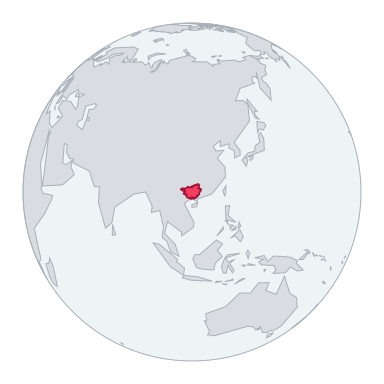 Guangxi on an orthographic globe
{"feature_id": "CHN-1152", "entity_name": "Guangxi", "entity_type": "Autonomous Region", "adm_level": 1, "iso_a3": "CHN", "parent_name": "China", "parent_adm1": "", "projection": "orthographic", "projection_center": [108.679, 23.706], "detail": "fine", "context": "on_globe", "style": "filled", "palette": "rose", "viewbox_px": 384, "rotation_deg": 0, "n_neighbors": 0, "source": "natural_earth", "source_scale": "10m", "svg_char_len": 15035}
<svg xmlns="http://www.w3.org/2000/svg" viewBox="0 0 384 384"><circle cx="192" cy="192" r="169" fill="#eef3f6" stroke="#a8b0b8"/><path d="M345.8,255.7L345.5,256.7L345.4,256.9L345.8,255.7ZM279.9,47.7L271.3,44.2L271.7,48.7L277.4,53.4L271.8,50.3L286.4,61.8L290.2,68.6L282.4,59.1L279.0,56.9L279.8,60.3L276.5,58.7L275.0,59.7L270.9,57.8L266.7,52.9L264.0,51.8L264.7,54.3L261.1,54.3L260.4,50.7L254.0,50.6L245.8,43.6L247.2,37.4L239.2,33.8L231.6,28.5L228.9,28.1L224.3,26.6L219.4,25.8L219.4,25.5L215.5,25.2L216.5,25.6L215.1,25.7L212.3,25.4L211.8,24.8L213.1,24.9L211.5,24.6L212.4,24.6L210.4,24.4L210.1,24.1L206.3,24.1L202.6,23.6L203.5,23.5L208.8,23.9L212.1,24.2L224.0,26.1L235.7,28.8L247.2,32.3L258.5,36.7L269.4,41.8L279.9,47.7ZM351.1,135.5L349.8,132.3L350.2,133.1L351.1,135.5ZM349.2,131.3L349.6,132.2L349.3,131.6L349.2,131.3ZM349.1,131.5L349.2,131.4L349.3,131.9L349.1,131.5ZM349.2,132.2L349.1,131.7L349.1,131.9L349.2,132.2ZM348.7,132.3L348.5,132.2L348.3,131.4L348.7,132.3ZM279.9,48.2L278.1,47.0L281.6,48.9L281.6,49.0L279.9,48.2ZM282.3,57.3L281.4,55.6L283.4,57.9L282.3,57.3ZM275.5,60.2L276.8,61.3L275.5,61.3L275.5,60.2ZM268.0,58.6L265.4,58.6L267.3,57.7L268.0,58.6ZM209.7,24.0L209.5,23.9L209.1,23.9L209.7,24.0ZM263.4,58.1L257.3,58.8L259.7,61.0L249.5,55.4L258.1,56.4L260.0,54.8L260.9,56.8L263.4,58.1ZM218.0,25.9L216.8,25.4L220.3,26.2L218.0,25.9ZM220.6,26.4L233.4,29.6L233.7,30.5L229.3,29.1L231.8,30.9L225.6,29.7L222.9,28.5L223.9,28.1L220.8,28.1L220.6,26.4ZM244.8,52.5L242.7,52.1L244.1,51.6L244.8,52.5ZM214.8,25.8L217.4,26.2L217.8,27.0L212.8,26.4L214.2,26.3L214.8,25.8ZM235.4,32.1L234.9,32.7L229.7,31.9L228.8,32.2L225.5,29.8L235.4,32.1ZM212.7,26.0L210.2,26.1L207.4,25.6L212.3,25.5L212.7,26.0ZM220.0,27.6L220.0,28.0L218.4,27.5L220.0,27.6ZM196.3,24.2L199.3,24.3L199.8,24.7L196.3,24.2ZM209.4,26.2L210.4,26.4L210.9,26.7L208.7,26.7L209.4,26.2ZM222.1,29.6L220.1,29.2L223.2,30.5L219.5,30.2L217.9,28.8L217.0,29.3L215.9,29.2L215.9,28.2L222.1,29.6ZM208.1,27.5L204.9,26.1L199.1,25.6L198.5,25.1L207.9,26.1L208.1,27.5ZM212.7,28.0L209.7,27.6L210.5,27.1L213.0,27.1L212.7,28.0ZM217.5,30.6L223.6,31.4L223.7,31.7L217.5,30.6ZM206.3,27.4L207.1,27.8L205.8,27.4L206.3,27.4ZM213.9,29.6L216.0,29.8L216.1,30.1L213.9,29.6ZM207.0,28.6L205.9,28.0L207.6,27.9L207.0,28.6ZM210.0,29.1L209.6,29.6L208.8,28.2L211.0,29.1L210.0,29.1ZM213.6,29.9L214.4,30.2L212.7,29.8L213.6,29.9ZM201.2,29.5L199.8,27.8L203.5,27.5L204.4,29.1L201.2,29.5ZM61.9,84.2L59.4,89.5L58.1,91.9L53.1,97.8L46.1,114.4L50.2,110.9L49.3,123.0L52.1,127.6L62.7,116.0L58.1,108.1L62.7,100.5L70.7,101.4L75.5,109.2L77.4,106.5L78.9,96.9L84.6,94.5L79.9,93.4L78.4,96.9L75.4,96.6L76.6,93.4L78.6,92.5L78.4,89.4L69.1,95.1L66.6,99.4L63.4,95.6L58.8,102.5L56.3,103.8L63.1,92.7L65.9,89.8L74.6,76.6L71.3,79.2L62.9,92.0L63.5,90.0L59.0,94.4L62.9,89.5L73.0,75.6L73.1,73.0L66.6,78.8L80.7,64.9L77.9,67.7L81.6,64.7L89.5,58.1L87.3,60.3L89.9,58.4L88.6,60.3L93.5,58.4L93.3,60.2L101.7,55.6L102.7,56.1L97.4,58.5L93.6,61.5L93.7,66.8L95.6,66.7L101.1,63.5L100.5,65.7L105.7,62.0L109.0,64.1L109.5,58.6L115.9,55.5L121.4,55.0L123.6,53.2L114.6,54.0L111.0,55.4L107.7,58.0L97.9,61.7L96.4,60.9L107.1,53.7L106.2,52.0L114.9,47.9L133.7,47.0L138.3,49.2L132.1,59.0L127.3,60.0L127.1,56.7L121.3,62.5L124.6,60.7L124.1,62.8L130.1,60.9L130.0,62.4L136.0,58.4L136.5,60.0L132.7,62.4L142.1,61.8L145.0,64.9L147.2,64.1L148.7,62.4L151.3,67.8L152.8,67.1L152.5,64.9L155.3,62.1L161.2,59.5L161.8,61.5L159.7,62.7L156.3,68.6L150.8,72.0L151.6,72.6L156.6,70.2L160.7,62.9L164.1,60.8L162.8,64.1L163.5,62.7L165.4,62.4L167.8,64.0L169.5,60.4L189.3,55.3L195.9,58.5L192.6,61.7L207.0,61.9L213.4,66.5L213.1,64.4L219.8,63.8L217.9,62.2L218.2,61.2L234.6,60.1L238.9,61.8L245.6,59.9L245.5,58.9L242.7,57.5L249.5,55.4L259.7,61.0L259.5,62.8L266.0,65.5L264.7,69.5L266.6,74.4L261.4,77.8L263.3,81.8L265.7,82.5L270.1,88.8L271.1,100.3L260.0,87.9L256.4,72.3L257.0,78.1L253.8,76.1L252.1,77.8L252.7,82.3L254.7,83.2L240.0,88.5L235.5,100.8L243.2,100.5L247.9,104.7L249.5,121.0L234.0,142.5L240.0,150.2L240.2,155.2L234.6,158.0L234.2,150.7L228.7,147.9L229.3,143.7L220.2,146.5L220.6,140.6L213.3,146.1L215.8,151.0L223.7,150.3L217.2,158.2L224.9,167.0L225.5,177.1L211.6,194.2L197.8,198.8L196.9,201.9L191.6,197.9L184.2,203.6L193.9,222.1L193.5,227.2L181.7,235.9L181.5,232.1L167.5,221.5L164.6,233.3L175.2,244.4L178.9,256.2L170.6,251.8L166.9,241.3L162.0,237.2L163.5,226.9L159.7,210.6L151.4,212.5L152.2,206.2L145.8,192.0L133.9,194.0L114.8,207.1L111.9,222.7L105.5,228.1L98.5,202.8L99.4,186.8L94.4,186.7L89.3,171.0L73.3,163.1L73.2,158.5L69.7,158.8L66.5,152.3L67.3,144.9L64.4,143.5L62.7,162.9L66.2,164.6L72.2,160.4L70.9,166.8L74.3,174.6L62.4,184.9L42.3,186.0L44.2,173.8L48.6,135.7L50.6,132.8L50.8,132.4L51.1,131.6L47.6,136.0L49.7,129.0L43.2,153.7L40.4,163.4L42.0,186.5L40.9,187.6L42.6,193.2L52.5,195.4L51.7,199.2L44.7,213.5L34.3,228.3L37.9,245.7L40.9,258.7L39.3,262.1L44.4,273.1L44.2,273.9L47.5,279.6L41.6,269.0L36.4,257.8L32.0,246.3L28.5,234.6L25.8,222.6L24.0,210.4L23.2,198.1L23.2,185.8L24.0,173.6L25.8,161.4L28.5,149.4L32.0,137.6L36.4,126.1L41.6,115.0L47.6,104.3L54.4,94.0L61.9,84.2ZM76.7,125.0L82.1,129.7L86.4,119.7L88.8,120.8L89.4,117.2L86.7,118.9L89.0,109.5L93.8,109.1L96.6,105.3L94.9,103.6L85.8,106.1L82.3,119.3L78.2,121.6L76.7,125.0ZM105.4,47.9L102.7,49.7L100.0,51.2L100.4,50.3L104.4,48.0L105.4,47.9ZM99.6,52.1L110.1,46.1L110.3,46.8L108.4,47.4L107.5,48.5L104.2,49.7L94.2,56.9L91.1,58.7L93.5,55.2L94.4,55.1L96.9,53.1L99.6,52.1ZM136.5,33.4L141.0,32.0L135.5,35.3L131.9,36.4L132.0,35.2L136.4,33.3L136.5,33.4ZM196.4,23.1L198.5,23.2L197.0,23.2L196.4,23.1ZM188.1,23.1L194.5,23.1L193.5,23.1L194.2,23.1L199.6,23.6L208.9,24.5L208.7,25.1L206.1,25.2L203.8,25.1L204.7,24.7L201.0,24.8L200.5,24.2L197.7,24.2L187.4,23.3L189.3,23.2L181.1,23.4L181.8,23.3L188.1,23.1ZM169.1,24.6L172.5,24.3L171.7,24.8L175.1,24.3L175.8,24.5L172.8,24.9L177.8,24.6L177.6,24.9L182.7,25.6L190.0,25.5L192.1,26.0L189.1,26.2L193.2,26.6L189.0,27.5L190.3,28.0L187.5,29.5L181.0,30.1L183.0,30.6L180.9,32.2L175.5,33.1L177.4,31.6L170.0,33.8L169.5,32.3L168.7,32.7L166.2,32.0L161.7,32.0L162.2,31.3L160.2,31.7L158.5,31.4L156.0,31.7L156.1,30.7L153.0,31.1L154.8,30.4L149.4,31.4L153.4,30.3L151.6,30.2L148.7,31.4L155.3,27.2L155.1,27.1L169.1,24.6ZM200.3,29.9L192.5,30.4L188.4,30.0L195.0,27.4L194.4,26.9L198.5,25.8L204.3,26.5L202.6,26.7L202.3,27.1L200.6,26.7L201.8,27.4L199.4,27.8L199.7,28.5L197.1,28.4L200.3,29.9ZM59.8,90.8L59.4,92.1L59.5,93.3L56.7,96.3L59.8,90.8ZM66.5,81.2L66.6,81.7L62.6,86.0L63.1,84.9L66.5,81.2ZM70.1,78.5L66.9,81.4L68.9,79.1L70.1,78.5ZM97.9,58.9L98.4,59.4L97.1,60.3L95.2,61.1L97.9,58.9ZM153.5,41.0L155.2,39.8L156.2,39.8L162.0,38.1L162.8,39.3L159.7,40.8L153.5,41.0ZM60.0,116.9L57.2,118.0L57.6,116.1L58.5,116.1L60.0,116.9ZM55.3,106.5L54.8,110.5L54.6,107.3L55.3,106.5ZM155.4,42.0L157.6,41.1L156.6,42.3L155.4,42.0ZM163.7,40.1L163.2,41.4L163.6,39.2L163.7,40.1ZM120.6,342.6L124.1,344.4L122.0,343.8L120.6,342.6ZM53.4,267.2L57.3,286.5L53.6,283.7L49.6,276.3L45.9,263.6L49.0,262.9L49.6,258.0L53.4,267.2ZM221.8,283.6L226.9,284.2L226.7,284.9L221.8,283.6ZM216.4,281.2L222.3,281.4L215.4,282.7L216.4,281.2ZM224.6,281.5L230.5,280.1L233.1,279.0L232.6,280.4L224.6,281.5ZM212.4,281.2L190.8,280.2L182.3,277.8L184.3,275.4L198.1,276.9L212.4,281.2ZM183.6,275.3L170.6,266.9L153.1,243.0L159.3,244.2L177.7,259.4L176.6,261.6L184.4,268.0L183.6,275.3ZM215.2,263.3L213.9,270.0L202.0,269.1L196.6,267.7L192.8,258.8L194.9,254.5L199.3,254.8L216.6,240.0L222.7,243.9L217.3,250.3L222.3,256.4L215.2,263.3ZM112.5,224.4L115.7,234.7L112.3,235.4L112.5,224.4ZM223.7,229.2L216.7,236.0L223.1,226.9L223.7,229.2ZM227.6,220.6L228.0,224.1L225.2,220.7L227.6,220.6ZM196.6,206.8L191.9,207.3L191.9,204.8L197.8,202.6L196.6,206.8ZM225.9,185.8L225.7,193.2L224.8,195.7L222.7,191.2L225.9,185.8ZM165.9,54.0L156.9,54.8L151.0,56.9L148.6,60.0L148.1,56.2L157.2,53.0L165.9,54.0ZM186.3,54.8L188.4,52.4L190.1,53.6L189.8,54.2L186.3,54.8ZM185.8,53.3L183.5,50.4L186.3,49.2L187.6,51.7L185.8,53.3ZM169.1,45.3L166.3,45.3L167.2,44.3L169.1,45.3ZM306.1,316.4L306.7,316.0L301.9,320.3L295.7,325.3L291.1,328.6L306.1,316.4ZM266.3,337.7L267.4,334.5L273.5,332.8L269.9,336.3L266.3,337.7ZM310.3,312.5L314.7,307.9L317.6,303.8L315.6,307.0L317.5,305.1L307.8,315.1L310.3,312.5ZM247.5,326.3L214.5,335.7L207.5,334.8L209.7,331.5L204.3,320.9L206.7,321.2L205.8,313.7L225.6,306.6L239.9,293.0L250.3,293.2L258.6,282.9L269.2,282.6L265.6,290.6L276.2,294.2L284.5,276.1L289.7,293.1L296.6,297.6L297.2,307.3L280.6,326.5L272.1,331.2L271.0,330.2L267.4,332.4L262.5,332.7L260.7,328.1L257.1,330.2L261.1,325.9L255.6,330.0L253.5,327.0L247.5,326.3ZM322.5,281.4L323.8,281.4L325.3,283.3L323.4,283.7L322.5,281.4ZM342.5,261.5L342.7,262.4L341.6,263.7L342.5,261.5ZM345.4,256.9L344.0,258.6L345.8,255.7L345.4,256.9ZM330.6,268.5L331.1,269.2L330.6,269.9L330.6,268.5ZM330.1,268.3L331.1,266.2L330.8,268.0L330.1,268.3ZM324.6,261.2L325.5,259.9L325.8,260.5L324.6,261.2ZM234.4,284.1L241.6,278.9L245.5,278.3L234.4,284.1ZM323.5,259.6L321.4,260.1L321.6,259.0L323.5,259.6ZM323.7,257.2L323.6,255.9L324.7,258.7L323.7,257.2ZM319.8,255.3L322.3,257.0L319.5,255.7L319.8,255.3ZM318.2,256.1L316.3,255.5L316.5,255.0L318.2,256.1ZM296.0,263.1L303.2,270.0L297.2,271.0L290.6,267.0L285.1,272.7L272.9,273.4L275.8,270.1L274.2,265.5L261.4,264.8L258.8,261.9L263.4,259.5L254.9,257.6L264.2,255.5L268.0,261.6L273.3,256.1L282.2,256.4L290.9,257.3L297.7,260.9L296.0,263.1ZM264.1,269.5L265.8,269.4L264.3,271.4L264.1,269.5ZM312.7,253.0L315.4,255.4L315.1,256.2L313.7,256.1L312.7,253.0ZM299.2,259.5L306.6,252.9L308.3,252.6L303.4,259.5L299.2,259.5ZM304.9,249.8L308.2,249.9L310.0,252.5L309.3,253.4L304.9,249.8ZM245.0,264.8L244.6,266.6L242.2,265.3L245.0,264.8ZM248.2,263.6L255.6,265.2L247.5,265.2L248.2,263.6ZM225.7,257.9L227.9,262.2L234.8,259.4L229.5,263.3L234.1,270.2L232.5,272.8L227.9,265.4L226.3,273.1L223.2,273.0L221.6,266.4L224.7,258.2L227.7,254.8L240.1,253.3L225.7,257.9ZM248.2,258.5L246.2,253.6L247.7,250.2L249.8,252.8L248.2,258.5ZM240.4,241.7L235.1,235.9L230.4,238.2L239.9,229.9L243.4,236.8L240.4,241.7ZM235.9,228.9L231.4,230.9L236.0,226.1L235.9,228.9ZM230.3,229.0L229.8,224.8L233.3,225.4L230.3,229.0ZM238.2,229.0L239.0,222.0L240.8,226.1L238.2,229.0ZM228.2,215.6L235.8,222.3L226.0,219.5L225.4,205.9L229.6,205.6L228.2,215.6ZM250.6,160.5L249.5,156.7L253.2,155.7L252.9,158.6L250.6,160.5ZM264.3,150.3L253.8,154.2L245.2,157.9L248.0,159.6L246.3,166.2L242.0,160.2L247.9,152.9L254.4,151.4L255.2,145.9L259.9,142.2L258.5,135.5L260.5,132.6L263.7,138.3L264.3,150.3ZM257.6,132.8L256.9,121.3L264.1,122.7L265.8,125.6L263.1,130.1L259.5,129.0L257.6,132.8ZM258.9,119.1L255.4,118.1L247.0,102.0L247.0,99.1L257.1,111.4L254.4,111.2L255.2,115.1L258.9,119.1ZM243.4,53.1L242.7,52.2L244.6,53.0L243.4,53.1ZM217.0,60.4L217.8,59.2L219.9,60.0L217.0,60.4ZM221.2,56.3L218.3,56.2L221.1,55.5L221.2,56.3ZM211.8,56.4L217.0,55.8L212.4,57.6L211.8,56.4Z" fill="#d9dde1" stroke="#a8b0b8" stroke-width="1"/><path d="M183.8,193.9L183.5,193.8L183.5,193.4L183.7,193.1L183.8,193.0L183.9,192.8L184.1,192.8L184.3,192.5L184.6,192.6L184.8,192.6L185.1,192.5L185.2,191.9L185.1,191.6L185.3,191.5L185.2,191.3L185.2,191.1L184.8,190.9L184.8,190.7L184.5,190.8L184.4,191.0L184.2,191.0L183.9,190.9L183.7,190.6L183.4,190.9L182.9,190.6L182.9,190.8L182.6,190.6L182.6,190.1L182.4,189.8L182.0,189.8L181.8,189.7L181.4,189.6L181.4,190.0L181.0,189.7L180.8,189.3L180.8,189.0L180.9,188.8L181.0,188.8L181.4,189.1L181.6,189.0L181.7,188.9L181.9,188.7L182.2,188.7L182.3,188.4L182.4,188.2L182.6,188.1L182.9,188.3L183.2,188.2L183.3,188.3L183.4,188.5L183.5,188.6L184.0,188.7L184.3,189.0L184.5,188.9L184.9,189.2L185.0,189.0L185.3,188.8L185.4,188.6L185.3,188.2L185.7,188.2L186.1,188.0L186.4,187.8L186.6,187.6L187.2,187.6L187.3,187.4L187.5,187.4L187.6,187.1L187.5,186.9L187.6,186.7L188.0,186.6L188.4,186.8L188.6,187.0L188.6,187.3L188.8,187.3L188.8,187.5L189.1,187.4L189.3,187.5L189.5,187.5L189.9,187.7L190.1,187.6L190.4,187.6L190.5,187.5L190.5,187.4L190.5,187.0L190.9,186.7L191.0,186.6L191.3,186.7L191.5,186.9L191.8,187.3L191.8,187.1L191.7,187.0L191.7,186.9L191.8,186.8L191.9,186.7L192.0,186.4L192.3,186.6L192.7,186.6L192.9,186.7L193.0,186.6L192.9,186.4L193.0,186.1L192.8,186.1L192.5,186.3L192.5,186.2L192.7,185.9L193.1,185.8L193.2,186.0L193.3,185.9L193.5,186.0L193.8,185.6L193.9,185.3L194.1,185.1L194.3,185.1L194.6,185.3L194.6,185.5L194.9,185.5L194.9,185.4L194.9,185.2L195.1,185.1L195.3,184.7L195.7,184.8L195.6,185.0L195.9,185.1L196.2,185.3L196.3,185.2L196.4,184.8L196.6,184.7L196.8,184.7L197.0,184.2L197.3,184.2L197.4,184.4L197.8,184.4L198.0,184.0L198.8,184.3L198.7,185.3L198.8,185.5L199.0,185.4L199.4,185.4L199.4,185.5L199.1,185.9L199.0,186.0L199.0,186.4L199.0,186.6L198.9,186.9L198.8,187.0L198.6,187.0L198.5,187.3L198.5,187.5L198.2,187.7L198.1,188.1L198.2,188.3L198.3,188.4L198.5,188.0L198.9,187.7L199.0,187.8L199.2,187.7L199.3,187.8L199.4,188.1L199.4,188.3L199.4,188.5L199.5,188.7L199.4,189.1L199.6,189.2L199.8,189.0L199.9,188.8L200.0,188.7L200.3,188.8L200.7,188.7L200.9,188.8L200.7,189.0L200.7,189.3L200.9,189.4L200.9,189.6L201.1,190.0L200.8,190.2L200.7,190.2L200.6,190.4L200.7,191.0L200.5,191.3L200.4,191.5L200.0,191.5L199.9,191.8L199.9,192.0L199.5,192.2L199.5,192.4L199.3,192.7L199.3,193.0L199.3,193.4L199.3,193.6L199.4,193.8L199.3,194.0L199.3,194.3L199.0,194.6L198.8,194.8L198.5,194.8L198.4,195.1L198.2,195.1L197.8,195.2L197.8,195.3L197.6,195.3L197.6,195.6L197.4,195.6L197.5,195.7L197.5,195.9L197.7,196.1L197.4,196.3L197.4,196.5L197.2,196.5L196.9,196.6L196.7,196.4L196.6,196.6L196.6,197.0L196.6,197.3L196.2,197.4L195.9,197.3L195.5,197.4L195.4,198.0L195.1,198.1L194.9,198.1L194.9,198.4L195.0,198.5L194.9,198.6L194.7,198.4L194.7,198.1L194.6,198.3L194.6,198.1L194.4,198.0L194.4,197.9L194.5,197.8L194.4,197.7L194.2,197.9L194.3,198.0L194.2,198.0L194.3,198.0L194.2,198.0L194.3,198.1L194.5,198.3L194.4,198.4L194.3,198.5L194.2,198.6L193.8,198.6L193.7,198.7L193.4,198.7L193.3,198.8L193.0,198.7L193.3,198.5L193.3,198.2L193.1,198.2L192.9,198.2L192.7,198.2L192.5,197.8L192.7,197.7L192.5,197.8L192.5,197.6L192.3,197.6L192.5,197.8L192.4,197.9L192.3,197.7L192.3,197.8L192.4,198.0L192.5,198.1L192.3,198.1L192.2,198.2L192.2,197.9L192.2,198.0L192.1,197.9L191.9,197.8L192.0,197.8L191.9,197.8L192.0,197.6L191.9,197.6L191.9,197.8L191.8,197.7L191.7,197.7L191.9,197.4L191.7,197.3L191.7,197.2L191.6,197.3L191.5,197.5L191.4,197.4L191.5,197.2L191.4,197.3L191.5,197.7L191.5,197.8L191.4,197.8L191.5,197.9L191.4,197.9L191.5,197.9L191.5,198.0L191.6,197.9L191.6,198.0L191.7,197.9L191.7,198.0L191.5,198.3L191.5,198.2L191.4,198.2L191.4,198.3L191.2,198.3L191.3,198.2L191.3,198.3L191.4,198.1L191.3,197.9L191.2,198.0L191.1,197.9L191.0,198.0L190.9,198.2L191.0,198.3L190.9,198.4L190.7,198.5L190.8,198.2L190.7,198.1L190.6,198.3L190.3,198.3L190.1,198.4L190.2,198.5L190.4,198.5L190.2,198.6L189.6,198.1L189.4,198.0L189.2,198.1L188.9,198.2L188.7,198.2L188.4,198.2L188.1,197.8L187.9,197.8L187.6,197.6L187.4,197.6L187.5,197.3L187.4,197.2L187.2,197.2L186.8,197.1L186.7,197.0L186.5,196.7L186.4,196.4L186.5,196.3L186.4,196.1L186.2,196.0L186.1,195.7L186.3,195.2L186.5,195.3L186.7,194.8L186.9,194.7L186.7,194.6L186.5,194.4L186.4,194.5L186.3,194.3L186.1,194.3L185.4,194.5L185.3,194.4L185.3,194.2L185.1,194.1L184.7,194.1L184.4,194.2L184.3,194.3L184.1,194.0L183.8,193.9Z" fill="#f43f5e" stroke="#9f1239" stroke-width="1.5"/></svg>